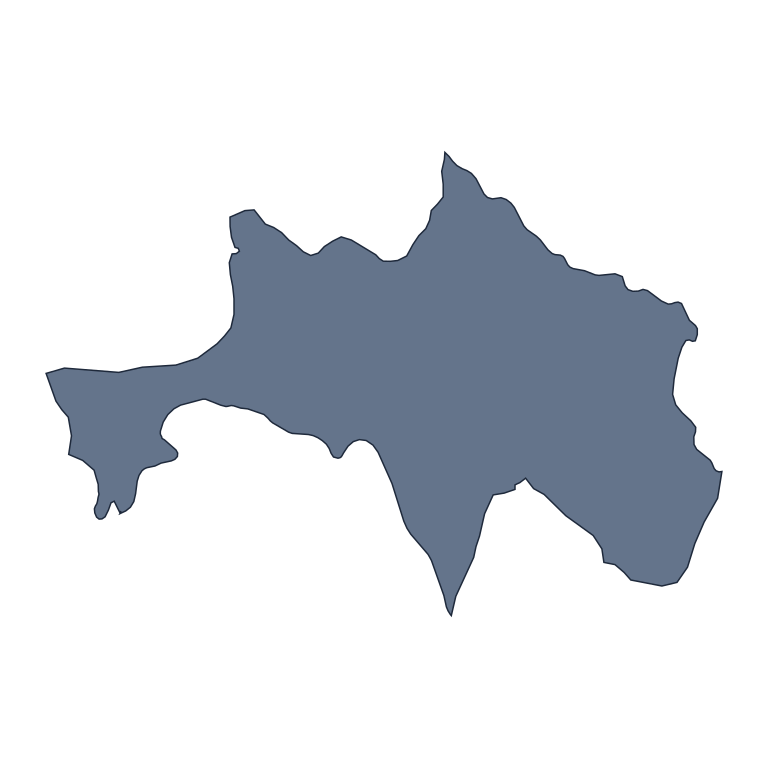 the Province of Bolikhamxai
{"feature_id": "LAO-3292", "entity_name": "Bolikhamxai", "entity_type": "Province", "adm_level": 1, "iso_a3": "LAO", "parent_name": "Laos", "parent_adm1": "", "projection": "equal_earth", "projection_center": [104.026, 18.483], "detail": "fine", "context": "isolated", "style": "filled", "palette": "slate", "viewbox_px": 768, "rotation_deg": 0, "n_neighbors": 0, "source": "natural_earth", "source_scale": "10m", "svg_char_len": 3207}
<svg xmlns="http://www.w3.org/2000/svg" viewBox="0 0 768 768"><path d="M225.9,406.5L220.8,405.2L205.6,399.2L202.8,399.2L180.6,405.1L173.9,408.8L167.8,414.6L163.2,422.1L160.4,431.1L160.3,433.6L160.7,435.1L161.5,436.4L162.1,438.5L164.4,439.8L176.0,450.0L177.7,453.1L177.6,453.7L177.4,456.5L174.9,459.3L171.3,460.9L161.1,463.1L155.0,466.0L146.8,467.7L144.4,468.8L142.0,470.7L139.0,475.4L137.2,481.2L135.6,493.7L133.8,501.6L130.4,507.2L125.8,510.9L120.0,513.6L120.1,513.4L120.3,513.0L120.4,512.8L121.0,511.2L120.9,511.3L119.6,512.1L119.4,511.7L114.2,501.2L111.0,502.8L108.4,510.1L105.1,516.8L102.0,518.9L99.1,519.1L96.6,517.1L94.8,512.9L94.4,508.8L95.4,506.1L96.8,503.8L97.5,501.2L98.1,497.5L99.0,494.1L98.4,491.5L98.2,484.3L96.3,478.0L94.1,470.2L82.7,460.4L68.7,454.4L71.5,435.8L68.3,417.2L61.8,409.7L56.0,401.2L46.1,373.4L64.4,368.1L118.8,372.4L142.3,367.2L175.8,365.1L197.7,358.2L217.1,343.8L224.5,336.0L230.9,327.9L234.0,314.4L234.0,298.7L232.7,286.3L230.4,274.7L229.3,262.7L232.1,253.9L236.3,253.6L239.4,251.2L238.2,248.3L235.0,247.4L231.5,237.3L230.1,226.5L230.0,217.1L244.9,210.6L254.1,209.9L265.3,224.1L273.7,227.5L281.7,232.7L288.7,240.0L296.6,245.7L303.3,251.8L310.7,255.5L318.3,253.1L324.3,246.6L332.6,241.2L341.2,236.9L351.3,240.0L375.8,254.8L379.3,258.6L383.3,261.2L390.4,261.3L397.7,260.5L406.7,256.0L412.9,244.6L418.9,235.6L425.8,228.7L429.6,220.3L431.3,210.5L437.5,204.1L443.2,197.0L443.2,184.2L441.7,171.3L444.4,159.4L444.9,152.4L445.0,152.5L449.0,156.4L452.6,161.2L456.9,165.6L462.2,168.7L466.9,170.6L471.4,173.4L476.0,178.7L484.0,194.0L487.5,197.5L492.4,198.9L501.0,197.7L506.2,199.5L510.9,203.1L514.3,207.4L523.8,225.9L527.1,229.7L536.4,236.2L540.4,240.0L547.9,249.8L552.1,253.5L554.9,254.6L560.3,255.1L563.0,256.4L564.5,258.4L567.7,264.7L569.9,267.1L573.1,268.6L584.5,270.7L595.2,274.9L599.0,275.4L615.0,273.8L622.3,276.6L625.1,285.8L628.0,289.6L632.8,291.3L638.3,291.1L643.0,289.4L647.5,290.6L661.4,301.0L668.2,304.1L671.6,303.8L674.8,302.6L678.1,302.1L681.5,303.5L689.4,320.3L695.5,325.6L697.3,328.7L697.3,333.3L697.3,334.6L695.3,340.8L692.5,341.3L689.3,339.9L685.9,340.5L681.9,347.2L678.2,358.3L674.1,378.9L672.6,394.4L675.7,404.8L682.1,412.7L690.9,420.9L695.7,427.3L695.5,431.8L693.8,436.8L694.0,444.5L696.7,449.4L710.2,460.2L711.8,462.8L714.2,468.6L716.1,470.8L719.0,471.9L721.9,471.5L717.6,498.3L704.1,522.1L694.8,543.6L687.5,567.2L677.0,582.4L661.9,586.0L630.8,580.0L624.2,572.5L615.0,564.6L603.9,562.4L601.9,548.9L593.2,535.5L565.8,515.7L544.1,494.4L533.6,488.6L525.6,478.2L519.7,482.7L517.4,483.7L515.0,484.9L515.0,489.4L504.2,493.1L493.2,494.9L484.6,513.7L479.5,536.1L476.0,546.6L473.7,557.4L455.8,596.3L451.3,615.6L450.3,614.4L448.1,610.9L446.4,606.9L443.9,595.6L431.5,560.6L429.5,556.9L428.0,554.3L410.7,534.1L407.0,528.3L403.8,521.1L392.0,483.5L378.1,452.3L373.0,445.1L366.2,440.5L359.4,439.6L353.3,441.6L348.0,446.2L343.5,453.0L342.3,455.2L341.3,456.8L340.0,457.7L338.0,458.2L333.5,457.0L331.1,453.3L329.2,448.5L326.4,444.2L322.3,440.6L317.9,437.7L313.2,435.6L308.4,434.5L292.2,433.4L288.5,432.1L272.7,422.9L270.3,420.9L267.9,418.1L264.0,414.5L247.8,408.9L240.7,408.1L233.6,405.8L231.2,405.5L227.2,406.4L225.9,406.5Z" fill="#64748b" stroke="#1e293b" stroke-width="1.5"/></svg>